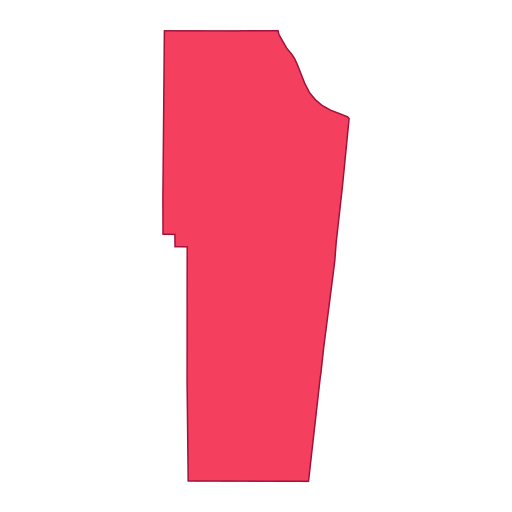 outline of Tishomingo, Mississippi, United States of America
{"feature_id": "52423323B71362276548625", "entity_name": "Tishomingo", "entity_type": "district", "adm_level": 2, "iso_a3": "USA", "parent_name": "United States of America", "parent_adm1": "Mississippi", "projection": "mercator", "projection_center": [-88.206, 34.729], "detail": "fine", "context": "isolated", "style": "filled", "palette": "rose", "viewbox_px": 512, "rotation_deg": 0, "n_neighbors": 0, "source": "geoboundaries", "source_scale": "gbopen_adm2", "svg_char_len": 527}
<svg xmlns="http://www.w3.org/2000/svg" viewBox="0 0 512 512"><path d="M164.4,30.8L162.9,197.1L163.0,234.2L174.9,234.4L175.0,246.7L187.2,246.8L187.1,382.3L188.2,481.0L308.5,481.3L319.8,381.3L320.4,376.1L320.7,374.9L323.8,346.7L331.7,285.2L334.8,260.7L336.2,242.1L342.4,186.8L349.1,118.5L347.7,116.9L330.2,110.0L322.1,105.4L320.0,103.7L315.4,99.7L309.7,92.9L304.8,83.5L297.5,65.0L294.7,58.8L292.0,54.6L286.8,48.3L278.9,34.5L278.1,30.7L240.7,30.8L237.7,30.9L164.4,30.8Z" fill="#f43f5e" stroke="#9f1239" stroke-width="1.5"/></svg>